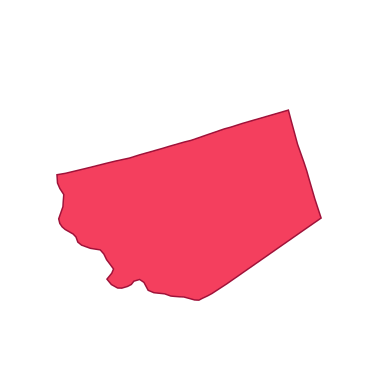 Brasilândia do Sul, Paraná, Brazil (Mercator projection), rotated 34°
{"feature_id": "56859067B61822887555526", "entity_name": "Brasilândia do Sul", "entity_type": "district", "adm_level": 2, "iso_a3": "BRA", "parent_name": "Brazil", "parent_adm1": "Paraná", "projection": "mercator", "projection_center": [-53.561, -24.156], "detail": "fine", "context": "isolated", "style": "filled", "palette": "rose", "viewbox_px": 384, "rotation_deg": 34, "n_neighbors": 0, "source": "geoboundaries", "source_scale": "gbopen_adm2", "svg_char_len": 984}
<svg xmlns="http://www.w3.org/2000/svg" viewBox="0 0 384 384"><g transform="rotate(34 192 192)"><path d="M226.1,70.2L195.4,107.0L187.6,116.9L183.5,121.6L173.1,135.4L162.2,149.9L157.9,154.6L147.8,166.6L143.1,172.4L128.1,190.1L121.1,198.9L111.4,209.0L105.1,215.9L90.1,232.6L76.7,247.2L70.4,253.2L75.5,259.8L80.5,263.0L87.1,265.8L90.7,272.1L93.2,276.3L96.5,288.8L100.0,292.0L103.8,293.5L107.7,294.0L116.9,293.3L121.0,294.2L125.4,297.4L130.2,297.8L139.3,295.5L148.3,291.3L153.6,292.7L159.1,295.9L163.8,297.5L170.0,299.7L170.9,304.2L170.2,311.8L176.9,313.8L184.0,313.2L187.6,310.9L191.4,306.3L193.4,302.6L193.7,298.4L197.5,293.8L202.7,293.8L210.6,298.0L216.7,296.8L226.3,291.7L232.6,290.1L235.4,288.6L240.0,286.0L243.9,283.6L249.5,281.7L254.6,280.0L258.2,277.8L260.0,274.4L263.0,269.4L265.3,265.0L272.3,248.4L305.6,162.0L313.6,141.4L297.5,128.9L280.6,114.8L275.4,110.4L268.7,105.2L252.8,93.4L245.3,86.9L233.7,76.9L226.1,70.2Z" fill="#f43f5e" stroke="#9f1239" stroke-width="1.5"/></g></svg>